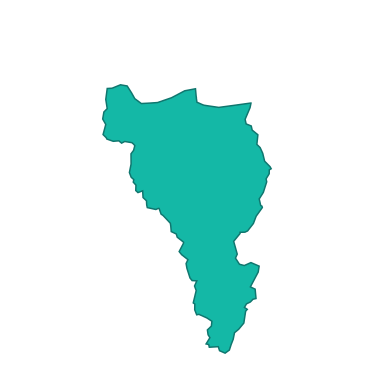 Maunabo, Puerto Rico, rotated 221°
{"feature_id": "32010507B22166841242195", "entity_name": "Maunabo", "entity_type": "district", "adm_level": 2, "iso_a3": "PRI", "parent_name": "Puerto Rico", "parent_adm1": "", "projection": "equal_earth", "projection_center": [-65.926, 18.02], "detail": "fine", "context": "isolated", "style": "filled", "palette": "teal", "viewbox_px": 384, "rotation_deg": 221, "n_neighbors": 0, "source": "geoboundaries", "source_scale": "gbopen_adm2", "svg_char_len": 1906}
<svg xmlns="http://www.w3.org/2000/svg" viewBox="0 0 384 384"><g transform="rotate(221 192 192)"><path d="M61.3,92.1L60.1,97.2L62.4,102.6L64.3,107.9L67.6,113.7L66.7,119.1L66.9,127.1L73.3,137.2L73.3,139.7L76.7,139.3L77.5,143.3L75.8,147.3L75.6,151.1L73.8,153.6L80.6,160.1L85.7,158.7L89.5,175.0L92.7,180.1L101.2,177.4L104.3,170.8L108.8,168.6L115.8,170.6L117.1,174.8L128.2,182.1L128.5,192.2L129.3,193.1L125.7,196.4L124.5,199.1L125.0,208.5L127.7,215.8L128.7,226.4L129.9,227.2L131.3,226.9L136.8,230.9L136.8,231.4L137.9,238.5L142.3,248.7L144.7,250.5L145.7,256.4L148.2,259.4L147.5,261.5L149.7,262.3L157.4,262.9L164.0,267.6L169.7,270.2L174.3,270.5L179.8,278.4L187.2,278.2L190.6,280.7L195.8,278.9L199.6,281.7L203.5,293.7L205.8,297.8L206.1,297.6L215.6,286.7L227.3,273.4L236.5,267.5L240.0,265.3L242.0,264.6L247.2,263.0L250.3,265.7L250.6,266.1L251.7,267.0L257.1,272.2L263.9,263.6L269.3,249.7L275.7,238.6L276.6,237.0L282.4,231.2L288.3,225.5L291.1,225.3L296.4,224.9L302.8,227.2L310.2,229.4L310.5,229.5L316.3,226.0L320.4,217.9L323.9,214.5L317.8,205.3L310.7,199.3L311.0,194.6L307.3,188.5L301.4,186.4L296.8,177.0L292.3,176.7L291.0,176.1L284.7,178.6L280.8,182.6L277.2,182.7L275.9,186.0L269.7,189.8L267.6,189.8L265.6,189.5L263.4,185.1L263.1,180.8L256.3,173.1L252.0,165.6L247.5,163.2L244.1,163.2L242.8,160.9L238.8,160.4L235.4,156.2L232.4,156.1L230.0,160.5L225.3,155.7L220.6,155.5L217.7,152.5L215.5,150.9L207.8,155.1L206.7,157.5L206.0,158.0L200.8,155.0L198.5,155.3L196.4,155.1L187.8,154.2L185.4,152.1L181.7,148.5L176.3,150.0L173.5,148.2L165.4,148.6L164.8,147.7L162.6,138.6L158.7,137.9L150.7,138.3L149.5,134.1L145.8,131.1L137.1,125.8L133.8,125.2L130.1,128.1L128.4,122.7L124.2,120.4L118.3,109.1L116.4,109.3L112.7,104.9L107.9,102.4L106.5,104.2L98.2,106.7L92.2,107.5L89.4,103.5L89.9,98.0L86.2,94.8L82.9,93.8L81.7,86.6L79.3,87.8L77.1,86.2L70.7,92.5L67.1,90.3L61.3,92.1Z" fill="#14b8a6" stroke="#0f766e" stroke-width="1.5"/></g></svg>